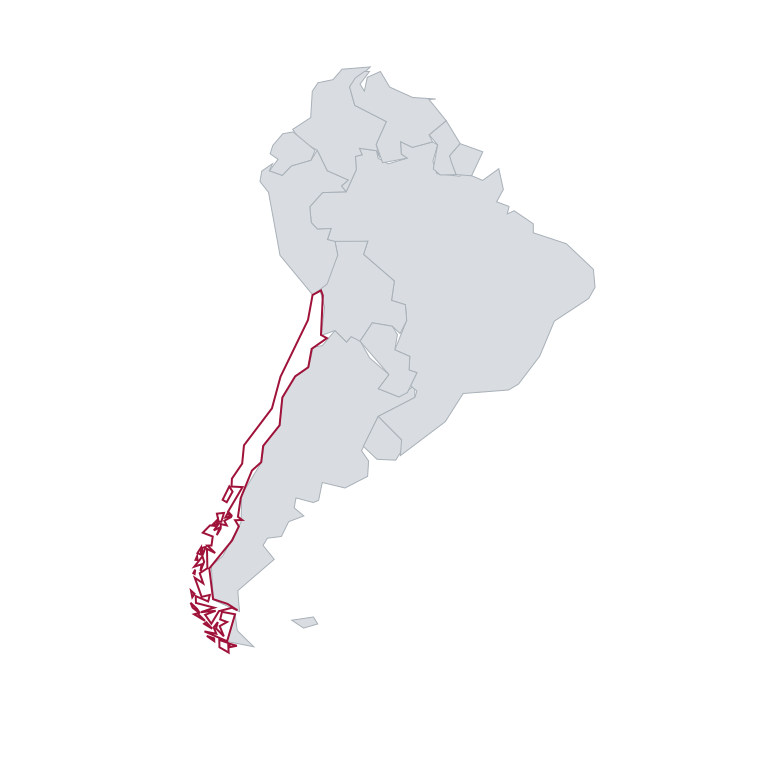 Chile on a map of South America (Mercator projection), rotated 16°
{"feature_id": "CHL", "entity_name": "Chile", "entity_type": "country or territory", "adm_level": 0, "iso_a3": "CHL", "parent_name": "South America", "parent_adm1": "", "projection": "mercator", "projection_center": [-72.304, -36.699], "detail": "medium", "context": "in_parent", "style": "outline", "palette": "rose", "viewbox_px": 768, "rotation_deg": 16, "n_neighbors": 12, "source": "natural_earth", "source_scale": "50m", "svg_char_len": 5741}
<svg xmlns="http://www.w3.org/2000/svg" viewBox="0 0 768 768"><g transform="rotate(16 384 384)"><path d="M304.2,646.2L310.9,661.5L331.3,672.5L304.2,674.8L304.2,646.2ZM387.4,416.7L380.8,454.4L390.4,462.2L393.7,477.3L375.2,494.7L351.8,495.7L353.2,513.9L348.7,517.4L330.8,517.8L331.8,527.8L343.3,532.9L330.3,542.6L327.4,558.8L314.4,564.4L312.2,572.5L326.8,582.8L300.4,623.0L307.9,642.7L279.5,638.5L268.1,606.4L276.3,594.1L284.7,556.1L277.7,529.8L287.8,493.1L285.5,475.0L295.3,452.2L289.9,426.8L296.5,401.5L306.8,388.2L305.9,368.2L314.1,364.1L322.1,346.1L336.4,354.0L339.3,347.5L347.9,347.8L363.0,362.9L386.2,373.6L379.9,390.1L401.9,392.3L413.8,376.8L417.4,388.4L387.4,416.7Z" fill="#d9dde1" stroke="#a8b0b8" stroke-width="1"/><path d="M360.4,636.5L380.4,627.4L386.4,632.9L374.0,640.8L360.4,636.5Z" fill="#d9dde1" stroke="#a8b0b8" stroke-width="1"/><path d="M387.4,416.7L416.3,432.8L420.7,438.9L416.2,454.0L398.0,458.3L381.3,449.6L387.4,416.7Z" fill="#d9dde1" stroke="#a8b0b8" stroke-width="1"/><path d="M419.5,448.3L416.3,432.8L387.4,416.7L417.4,388.4L417.5,381.6L410.0,378.4L412.5,364.1L404.2,363.6L401.2,350.4L385.0,348.2L388.3,316.7L382.7,301.9L368.2,301.6L365.6,282.2L328.6,265.1L329.1,251.2L307.0,260.8L289.8,260.8L290.3,249.1L277.4,253.5L269.6,248.9L263.8,234.1L272.1,217.0L294.7,209.6L298.3,185.6L293.8,173.1L299.8,169.7L295.3,164.2L312.5,161.8L316.1,168.6L327.5,171.2L344.0,160.5L337.2,158.3L333.1,146.5L346.1,148.7L363.9,137.9L369.6,139.3L369.6,156.4L376.7,167.2L399.7,163.4L399.8,158.2L422.7,161.1L435.0,145.4L445.1,164.1L442.0,177.8L455.3,178.9L455.6,186.5L461.4,181.6L483.4,188.9L485.8,197.5L520.6,198.9L553.7,216.1L560.2,232.8L557.2,245.4L530.4,276.6L526.0,314.3L513.3,347.0L505.4,355.4L462.7,371.3L453.3,403.3L419.5,448.3Z" fill="#d9dde1" stroke="#a8b0b8" stroke-width="1"/><path d="M297.5,260.4L329.1,251.2L328.6,265.1L365.6,282.2L368.2,301.6L382.7,301.9L388.3,316.7L385.6,331.1L376.1,326.2L355.9,328.4L349.2,349.5L339.3,347.5L336.4,354.0L322.1,346.1L310.3,354.6L305.7,326.6L297.0,312.0L304.0,272.8L297.5,260.4Z" fill="#d9dde1" stroke="#a8b0b8" stroke-width="1"/><path d="M294.7,209.6L272.1,217.0L263.8,234.1L269.6,248.9L277.4,253.5L290.3,249.1L289.8,260.8L297.5,260.4L304.0,272.8L301.8,303.5L291.1,318.1L248.6,289.0L220.2,231.6L209.0,223.6L207.8,213.0L216.1,202.9L215.1,210.6L228.7,211.5L234.8,199.9L252.1,189.0L255.4,177.6L270.7,194.6L293.6,197.8L288.7,205.4L294.7,209.6Z" fill="#d9dde1" stroke="#a8b0b8" stroke-width="1"/><path d="M317.5,167.7L312.5,161.8L295.3,164.2L299.8,169.7L293.8,173.1L298.3,185.6L294.7,209.6L288.7,205.4L293.6,197.8L270.7,194.6L255.4,177.6L237.9,174.2L226.0,164.4L240.1,148.1L234.4,122.5L237.5,112.6L251.1,105.5L256.9,93.0L283.4,83.0L269.0,107.8L279.1,124.2L314.0,131.1L310.5,155.9L317.5,167.7Z" fill="#d9dde1" stroke="#a8b0b8" stroke-width="1"/><path d="M363.9,137.9L346.1,148.7L333.1,146.5L337.2,158.3L344.0,160.5L321.7,171.7L310.5,155.9L314.0,131.1L279.1,124.2L269.0,107.8L272.0,97.8L279.0,88.9L283.9,87.6L278.3,102.3L284.4,107.9L283.4,93.8L294.4,84.6L307.6,97.0L332.5,100.7L355.2,95.8L348.8,98.1L371.3,113.8L358.8,132.1L363.9,137.9Z" fill="#d9dde1" stroke="#a8b0b8" stroke-width="1"/><path d="M395.6,162.8L380.5,167.6L372.1,163.7L369.6,139.3L358.8,132.1L371.3,113.8L391.0,132.0L384.2,146.5L395.6,162.8Z" fill="#d9dde1" stroke="#a8b0b8" stroke-width="1"/><path d="M410.8,159.7L395.6,162.8L387.5,152.0L384.2,146.5L391.0,132.0L415.0,133.6L410.8,159.7Z" fill="#d9dde1" stroke="#a8b0b8" stroke-width="1"/><path d="M253.4,178.3L252.1,189.0L234.8,199.9L228.7,211.5L215.1,210.6L220.2,197.2L211.1,194.1L211.4,185.2L217.7,171.4L227.1,166.7L253.4,178.3Z" fill="#d9dde1" stroke="#a8b0b8" stroke-width="1"/><path d="M383.3,332.8L385.0,348.2L401.2,350.4L404.2,363.6L412.5,364.1L408.8,385.8L401.9,392.3L379.9,390.1L386.2,373.6L349.2,349.5L355.9,328.4L376.1,326.2L383.3,332.8Z" fill="#d9dde1" stroke="#a8b0b8" stroke-width="1"/><path d="M290.8,318.1L297.6,311.4L300.8,315.8L309.9,354.2L316.5,355.7L304.8,370.1L306.6,388.8L296.5,401.1L290.0,424.9L295.0,452.5L284.9,476.8L287.5,493.0L280.9,503.6L277.7,533.1L280.2,551.9L285.2,553.8L278.4,556.0L283.7,560.9L281.1,576.3L266.9,609.5L279.0,637.9L294.2,638.5L305.6,641.9L299.7,640.9L287.9,647.9L284.1,662.0L275.7,655.2L284.7,648.4L270.9,653.8L282.5,645.8L263.6,646.3L261.5,639.8L274.9,641.5L274.7,634.8L267.4,638.9L255.5,622.4L265.2,625.5L259.0,616.7L265.0,609.8L259.3,591.3L268.3,593.0L258.8,588.0L262.7,586.8L261.4,577.8L250.8,576.9L255.7,567.9L262.5,566.7L264.1,562.8L260.8,571.6L265.7,567.2L264.9,575.4L266.8,568.1L265.8,563.6L271.8,563.3L268.2,559.5L273.7,554.1L273.8,552.4L269.3,549.6L276.4,522.1L265.7,524.6L263.9,516.9L269.6,499.6L266.3,481.5L283.0,438.3L282.5,405.5L293.3,343.4L290.8,318.1ZM304.3,646.4L304.1,674.5L279.6,671.3L291.6,670.3L287.4,664.9L289.9,658.7L289.9,665.2L299.6,670.7L292.8,662.0L298.8,656.0L291.4,655.5L291.1,647.7L304.3,646.4ZM265.4,541.0L260.8,539.8L263.5,525.1L268.1,529.2L265.4,541.0ZM260.1,604.5L259.2,614.5L258.3,607.6L252.0,611.9L257.0,599.7L260.1,604.5ZM296.2,675.4L305.6,675.9L308.7,685.0L298.4,682.4L296.2,675.4ZM265.7,552.0L265.6,561.3L263.0,561.9L259.1,554.7L265.7,552.0ZM267.9,655.9L277.3,661.0L264.9,657.7L267.9,655.9ZM278.9,662.0L286.3,666.6L277.2,664.1L278.9,662.0ZM314.7,676.2L308.5,679.4L306.8,676.2L314.7,676.2ZM257.5,589.7L256.8,598.5L254.3,591.7L257.5,589.7ZM255.0,598.4L251.3,598.0L253.2,591.6L255.0,598.4ZM273.0,553.2L268.3,556.0L269.3,551.5L273.0,553.2ZM255.4,635.8L259.7,637.9L258.5,641.8L255.4,635.8ZM258.4,647.6L266.3,651.7L270.3,655.2L261.7,651.8L258.4,647.6ZM262.0,565.0L258.5,565.6L261.4,560.3L262.0,565.0ZM283.1,675.0L290.8,675.3L291.7,678.0L283.1,675.0ZM251.8,601.1L253.2,604.6L251.3,605.0L251.8,601.1ZM253.7,614.5L254.3,618.8L252.8,618.4L253.7,614.5Z" fill="none" stroke="#9f1239" stroke-width="2"/></g></svg>